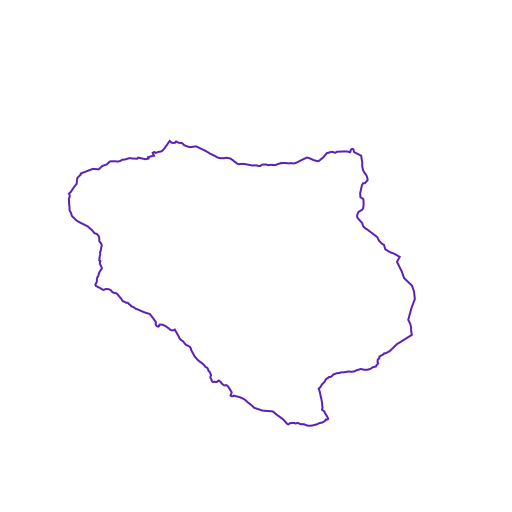 Bucium, Alba, Romania (Equal Earth projection), rotated 52°
{"feature_id": "2599482B42825543751910", "entity_name": "Bucium", "entity_type": "district", "adm_level": 2, "iso_a3": "ROU", "parent_name": "Romania", "parent_adm1": "Alba", "projection": "equal_earth", "projection_center": [23.162, 46.26], "detail": "fine", "context": "isolated", "style": "outline", "palette": "violet", "viewbox_px": 512, "rotation_deg": 52, "n_neighbors": 0, "source": "geoboundaries", "source_scale": "gbopen_adm2", "svg_char_len": 6135}
<svg xmlns="http://www.w3.org/2000/svg" viewBox="0 0 512 512"><g transform="rotate(52 256 256)"><path d="M407.9,334.7L408.6,334.2L408.7,333.6L408.6,332.4L410.0,330.0L411.3,328.5L412.1,328.2L412.6,327.5L412.9,326.2L414.3,325.2L415.2,324.9L416.5,323.8L417.1,322.9L417.6,322.5L418.0,321.8L419.8,320.9L422.2,319.1L424.4,315.8L425.0,313.9L426.0,312.4L426.6,309.2L428.0,306.3L428.4,304.0L428.3,302.3L427.9,301.7L428.4,301.4L428.9,299.9L428.7,299.4L427.2,298.9L421.8,298.3L421.0,297.8L417.8,298.6L416.4,296.9L414.6,295.9L411.9,294.0L402.1,289.3L399.0,288.1L399.1,286.2L398.5,284.8L397.8,283.0L397.5,280.2L397.1,278.6L396.2,277.2L396.3,275.8L396.2,275.5L396.3,275.1L396.4,273.8L396.3,273.4L396.3,273.0L397.1,271.9L397.4,271.3L397.4,270.6L397.1,269.1L397.1,267.5L397.6,266.1L397.9,265.3L398.3,264.1L398.7,263.5L399.4,262.7L400.0,260.7L401.4,258.9L402.5,257.0L403.8,254.5L404.4,253.7L405.6,252.5L406.2,251.7L407.4,249.7L407.6,248.9L407.8,247.3L408.6,245.6L409.1,244.1L409.5,243.1L410.1,242.5L412.5,240.6L414.4,237.9L415.4,235.2L415.6,232.3L416.9,229.5L416.3,228.4L415.9,225.9L414.3,225.5L412.5,223.6L412.6,221.9L411.2,220.6L411.5,218.6L411.8,217.4L411.8,215.6L411.9,215.2L411.7,215.0L412.5,213.5L413.3,209.2L412.2,199.4L414.1,181.8L410.4,179.8L407.9,177.8L404.6,176.3L400.0,175.3L392.5,165.2L387.8,157.4L381.4,153.4L375.4,151.3L364.6,152.9L358.4,150.8L347.4,148.5L345.2,143.3L338.8,145.9L336.6,147.4L334.0,148.6L330.4,150.0L326.0,148.3L324.6,148.9L322.1,149.5L319.4,149.6L315.8,148.8L302.9,152.2L302.6,152.5L300.6,153.0L298.2,153.2L295.7,152.1L288.6,152.5L287.1,152.0L285.8,150.7L284.4,148.1L284.9,143.5L284.4,142.3L282.9,140.6L281.6,139.5L279.3,137.7L277.4,136.5L276.8,136.5L273.9,137.5L270.8,135.4L265.5,129.0L264.6,126.9L265.6,125.4L265.1,121.9L264.8,121.3L264.1,120.7L261.9,119.8L260.3,119.3L256.6,119.2L254.3,118.8L250.9,117.2L247.6,114.6L241.7,111.4L234.6,114.7L232.3,113.8L231.5,113.7L230.8,114.3L230.6,115.2L230.8,116.1L232.0,117.4L232.1,118.1L230.0,119.6L228.2,121.7L223.9,127.7L223.6,128.3L223.5,129.7L223.3,130.2L221.1,131.6L220.2,132.7L219.6,134.2L219.3,135.5L218.5,136.5L219.4,141.1L219.7,142.5L219.8,148.3L219.2,149.1L215.9,151.6L211.8,153.7L210.5,154.6L209.7,155.5L208.5,160.7L207.4,166.5L206.5,169.0L204.0,171.8L203.3,173.0L200.4,176.1L198.7,178.4L198.2,178.8L198.4,179.1L197.9,180.0L197.1,181.9L196.3,184.8L194.3,187.1L193.3,188.1L192.5,189.7L191.4,190.9L190.1,191.7L189.5,192.5L188.8,193.6L188.2,194.2L187.7,195.1L187.8,196.8L187.6,197.3L187.3,197.8L186.5,198.6L185.8,199.2L185.0,199.7L184.3,200.7L183.7,201.3L182.6,203.0L176.2,208.6L174.1,211.3L173.0,213.1L172.1,213.7L170.8,214.2L169.6,214.4L168.0,215.0L167.0,215.1L165.5,215.5L163.2,216.3L160.5,218.7L160.0,219.6L159.0,221.3L157.1,223.8L155.0,225.4L154.1,226.0L153.4,226.3L152.6,226.5L151.5,226.9L147.0,229.2L144.5,230.1L140.5,231.8L137.6,233.3L136.9,233.6L134.3,234.9L132.6,235.8L129.9,240.6L128.8,241.7L127.3,242.7L124.5,244.4L122.4,244.6L121.5,244.8L121.1,245.1L120.6,245.6L120.0,246.4L119.3,247.1L118.5,247.6L116.5,248.4L116.9,250.2L115.8,251.9L114.4,252.9L112.2,253.2L114.5,260.6L115.0,262.6L115.4,264.8L115.2,266.3L114.9,267.0L114.2,268.3L113.7,269.3L113.0,271.6L111.4,272.1L111.1,273.9L114.2,274.6L113.1,276.5L112.5,278.4L111.7,280.3L111.8,280.4L112.4,280.4L113.0,280.7L112.6,281.8L111.6,283.6L105.9,288.3L106.2,289.7L103.1,293.3L101.0,295.4L99.2,300.0L98.3,301.4L97.6,302.5L97.7,304.2L96.3,307.1L95.3,307.9L93.7,309.9L91.9,312.3L91.5,313.3L92.0,317.1L90.4,321.8L90.9,326.6L86.9,330.9L83.1,343.3L83.6,343.6L84.0,344.2L84.2,346.5L84.4,348.0L84.6,348.8L86.0,350.4L88.7,352.9L89.1,354.6L89.7,357.2L91.6,362.8L91.7,365.0L93.4,365.4L94.9,366.7L95.4,367.6L96.2,368.6L98.0,369.7L100.2,371.5L102.3,372.6L104.2,374.0L104.8,374.5L105.3,374.8L107.8,375.2L108.6,375.4L110.6,376.3L111.4,376.4L116.2,375.8L118.4,375.3L123.0,373.3L125.0,372.3L129.5,370.2L130.9,370.1L134.6,369.3L137.6,369.3L138.3,369.3L139.3,368.8L139.7,368.4L140.3,368.0L141.0,367.8L142.2,367.7L142.9,367.7L143.5,367.7L144.4,368.1L145.8,368.7L146.0,368.9L147.0,369.8L147.6,370.1L148.4,370.4L149.1,370.4L150.7,370.3L152.5,370.9L153.1,371.4L153.9,372.6L156.3,375.2L157.1,376.7L158.0,377.1L159.0,377.9L159.5,378.5L160.4,379.9L161.6,380.7L162.0,381.4L162.7,382.1L163.0,382.2L163.3,382.2L163.6,381.8L163.9,381.7L164.2,381.8L164.6,382.5L165.2,383.2L166.0,383.8L169.8,384.6L170.4,384.8L170.8,385.1L171.2,385.9L171.3,386.7L171.9,388.3L172.8,390.2L173.4,391.0L174.3,392.0L174.8,393.2L175.1,394.1L176.4,395.8L177.4,396.5L178.1,397.1L178.5,397.7L178.9,398.7L179.7,400.3L181.0,400.6L185.7,398.4L187.8,397.7L188.9,396.9L189.2,395.7L189.6,394.7L190.6,393.4L191.3,392.7L192.7,391.8L193.6,391.5L196.2,391.4L197.9,390.3L198.5,389.7L199.4,389.1L200.5,388.7L203.3,388.7L207.0,388.5L208.6,388.8L209.9,388.7L210.7,388.0L213.0,387.1L214.0,385.8L214.9,385.7L215.9,385.7L217.1,385.2L218.2,385.1L219.0,385.2L220.0,384.6L220.6,384.1L224.1,383.1L224.7,382.4L228.4,380.5L232.7,378.0L236.2,375.4L242.1,375.4L246.5,375.6L247.6,376.9L249.2,377.4L250.4,377.3L251.1,376.8L251.6,376.3L251.5,375.5L251.0,375.2L250.8,374.2L251.3,373.3L252.8,371.9L254.0,371.2L255.9,370.3L259.9,369.2L261.6,368.9L262.8,368.1L263.9,366.4L264.0,365.3L272.3,366.5L273.9,367.0L275.5,366.9L278.5,366.0L282.7,366.0L285.3,364.6L286.9,364.0L288.9,364.3L290.3,365.0L297.7,366.2L302.7,365.8L307.2,364.6L310.1,364.0L312.0,364.2L313.9,363.4L314.7,363.3L315.6,363.5L316.8,363.9L317.3,364.1L318.8,363.9L319.8,364.1L320.7,364.4L321.5,364.5L322.4,365.0L322.9,366.1L323.2,366.4L323.9,366.8L324.5,367.1L326.1,367.1L326.8,367.7L328.0,367.8L328.9,367.4L329.1,367.1L329.6,365.9L330.2,365.6L330.6,365.3L331.1,364.5L331.2,363.7L331.0,362.8L331.0,362.5L331.2,362.1L331.6,361.8L332.7,361.7L333.1,361.5L333.6,361.4L334.4,361.5L335.0,361.5L337.1,361.2L338.3,360.8L338.9,360.2L339.0,359.6L339.5,358.9L340.2,358.6L341.6,358.3L348.3,359.0L348.5,359.2L349.5,360.6L350.1,361.8L350.3,362.0L351.2,361.7L352.2,360.8L352.4,360.2L352.3,359.8L352.3,359.4L354.3,358.0L356.9,355.9L359.0,354.7L361.7,353.5L363.0,353.1L366.6,352.5L370.0,351.6L371.9,351.2L373.4,351.1L374.5,350.9L382.0,345.9L388.6,338.6L391.0,337.9L392.7,337.7L401.3,335.2L407.9,334.7Z" fill="none" stroke="#5b21b6" stroke-width="2"/></g></svg>